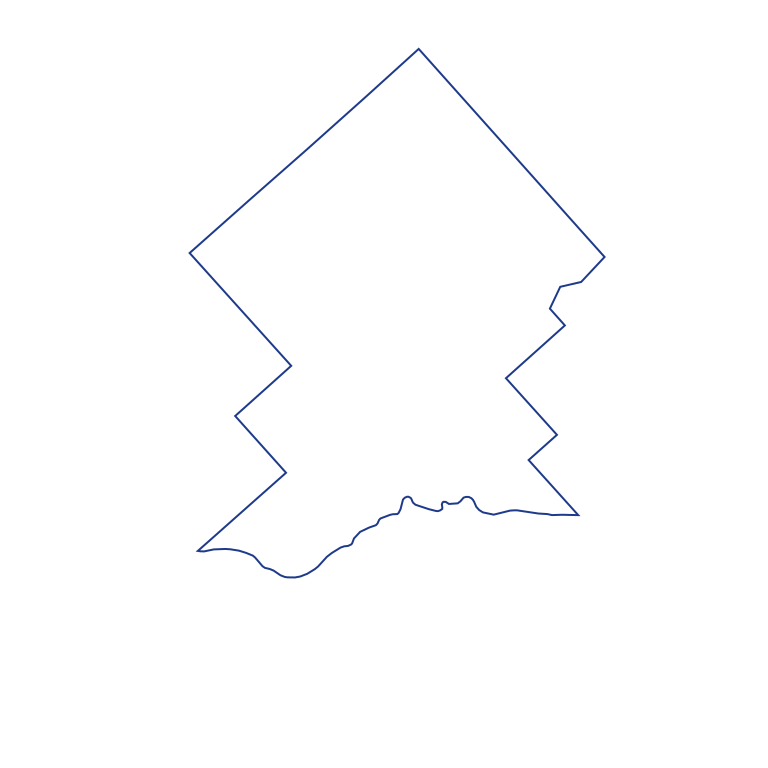 outline of Goodhue, Minnesota, United States of America, rotated 138°
{"feature_id": "52423323B62984292236969", "entity_name": "Goodhue", "entity_type": "district", "adm_level": 2, "iso_a3": "USA", "parent_name": "United States of America", "parent_adm1": "Minnesota", "projection": "mercator", "projection_center": [-92.544, 44.454], "detail": "fine", "context": "isolated", "style": "outline", "palette": "blue", "viewbox_px": 768, "rotation_deg": 138, "n_neighbors": 0, "source": "geoboundaries", "source_scale": "gbopen_adm2", "svg_char_len": 1390}
<svg xmlns="http://www.w3.org/2000/svg" viewBox="0 0 768 768"><g transform="rotate(138 384 384)"><path d="M440.8,611.4L440.8,459.6L516.0,459.8L516.2,383.6L634.0,384.5L632.2,382.3L629.6,379.9L621.2,375.0L612.2,367.5L608.8,364.0L603.3,357.2L599.5,350.8L596.3,344.2L595.9,341.3L596.2,330.0L595.8,328.1L595.5,327.0L592.7,323.0L590.9,319.2L588.9,311.1L587.6,308.5L586.9,307.1L585.2,305.0L579.6,299.8L575.1,297.0L568.0,294.3L559.2,292.7L555.0,292.5L542.0,293.8L535.6,293.3L525.7,291.5L522.2,290.0L519.0,287.7L515.7,286.7L514.3,286.9L509.7,289.3L500.7,290.1L491.2,287.3L484.5,284.5L482.1,284.7L478.5,286.3L476.5,286.4L467.1,282.7L464.7,281.4L461.1,278.4L459.5,278.4L455.5,279.9L447.2,285.4L444.8,285.6L442.5,284.9L441.3,283.9L440.4,281.6L440.6,280.0L441.5,277.7L441.8,276.2L441.4,273.2L434.5,261.1L430.5,255.1L429.1,253.5L426.9,252.5L424.3,252.2L423.3,253.2L421.5,255.9L419.6,256.8L418.6,256.6L417.0,255.1L416.0,251.4L409.1,246.0L405.6,245.7L400.9,246.3L398.7,245.3L396.6,243.4L395.5,240.6L395.4,238.4L395.9,236.0L397.6,231.0L397.6,226.6L396.4,222.4L389.9,213.5L375.1,205.6L371.9,203.1L369.5,200.9L355.9,184.4L349.6,178.0L346.9,174.2L339.2,167.7L327.4,156.6L327.4,230.7L289.5,230.5L289.5,306.7L210.4,306.5L210.3,329.0L188.0,338.3L169.2,327.9L135.1,330.8L135.0,369.1L134.6,457.5L134.0,609.8L206.5,609.6L285.5,609.9L360.8,610.8L440.8,611.4Z" fill="none" stroke="#1e3a8a" stroke-width="2"/></g></svg>